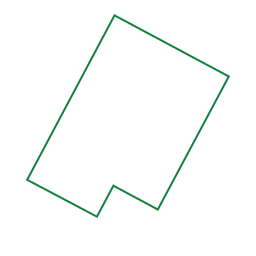 Menard, Texas, United States of America (Mercator projection), rotated 118°
{"feature_id": "52423323B56824601140740", "entity_name": "Menard", "entity_type": "district", "adm_level": 2, "iso_a3": "USA", "parent_name": "United States of America", "parent_adm1": "Texas", "projection": "mercator", "projection_center": [-99.789, 30.899], "detail": "fine", "context": "isolated", "style": "outline", "palette": "green", "viewbox_px": 256, "rotation_deg": 118, "n_neighbors": 0, "source": "geoboundaries", "source_scale": "gbopen_adm2", "svg_char_len": 244}
<svg xmlns="http://www.w3.org/2000/svg" viewBox="0 0 256 256"><g transform="rotate(118 128 128)"><path d="M35.2,63.2L34.9,192.8L221.1,192.7L220.9,113.8L185.8,113.8L186.0,63.4L35.2,63.2Z" fill="none" stroke="#15803d" stroke-width="2"/></g></svg>